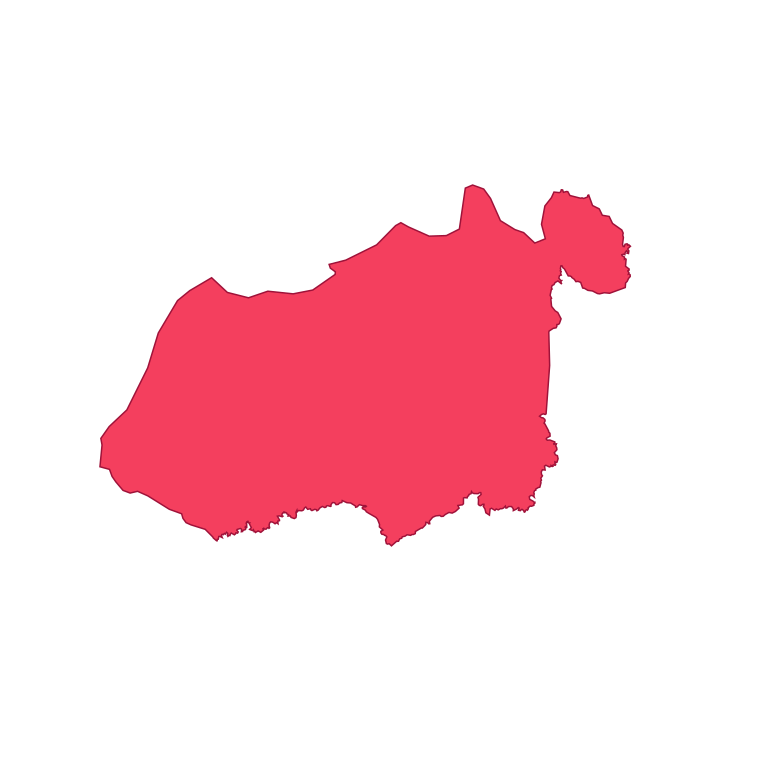 Krachi East Municipal, Volta, Ghana, rotated 57°
{"feature_id": "2480657B4921606442052", "entity_name": "Krachi East Municipal", "entity_type": "district", "adm_level": 2, "iso_a3": "GHA", "parent_name": "Ghana", "parent_adm1": "Volta", "projection": "orthographic", "projection_center": [0.372, 7.806], "detail": "fine", "context": "isolated", "style": "filled", "palette": "rose", "viewbox_px": 768, "rotation_deg": 57, "n_neighbors": 0, "source": "geoboundaries", "source_scale": "gbopen_adm2", "svg_char_len": 6170}
<svg xmlns="http://www.w3.org/2000/svg" viewBox="0 0 768 768"><g transform="rotate(57 384 384)"><path d="M556.9,317.8L555.4,315.8L555.7,314.5L554.8,314.0L554.8,311.3L555.4,309.5L552.3,306.1L550.9,305.6L550.4,304.3L548.4,303.8L547.3,301.1L545.5,301.1L543.4,300.0L542.2,297.9L543.9,295.7L540.3,294.1L540.3,292.5L543.6,290.5L544.0,289.0L543.3,288.3L544.8,287.8L545.0,287.1L544.1,287.0L544.1,286.0L545.4,284.7L545.2,284.0L543.7,283.9L542.4,283.0L543.7,282.3L543.8,281.5L541.5,278.7L538.5,277.6L536.8,278.8L534.4,278.6L533.3,274.8L531.6,273.9L529.4,273.7L528.1,272.0L527.1,274.3L526.5,274.1L526.6,272.9L525.6,272.3L521.3,275.4L520.1,277.7L518.4,277.9L517.9,276.6L518.2,273.1L515.7,271.7L513.9,272.0L513.0,271.5L505.1,270.8L504.0,271.1L502.7,269.0L501.3,268.4L499.1,269.0L497.9,270.3L495.7,271.1L495.4,268.3L495.9,266.5L497.3,265.5L497.3,264.3L458.7,235.0L430.2,217.5L429.5,216.6L429.5,211.7L430.6,209.1L429.9,207.8L428.3,206.6L428.9,205.6L428.9,204.1L425.8,200.0L418.7,199.3L415.9,200.6L410.2,201.2L403.6,197.8L403.4,196.8L400.1,196.4L395.7,192.0L395.9,191.3L394.3,191.0L393.0,189.4L393.2,187.3L392.1,185.3L392.3,182.0L397.0,180.5L394.5,180.1L394.0,178.7L393.5,179.4L390.4,179.7L388.7,177.8L389.2,176.0L387.5,175.7L386.1,174.1L385.1,174.5L384.3,173.4L383.4,173.3L381.3,171.4L381.7,170.4L384.1,170.6L385.8,170.0L393.7,170.6L394.8,169.1L396.1,168.3L396.9,168.5L399.8,167.4L402.7,167.3L403.6,165.4L405.9,163.7L411.7,165.1L413.1,163.7L416.5,162.0L419.5,158.5L424.4,155.7L425.8,154.1L427.4,149.6L430.8,145.3L434.5,129.1L430.8,126.3L430.4,124.2L428.6,121.3L428.0,119.0L426.5,118.1L425.0,118.5L424.9,119.1L424.0,117.9L422.1,118.0L421.7,117.6L422.0,116.5L421.1,115.8L416.8,117.3L411.2,113.0L410.1,113.5L410.2,114.3L408.4,113.2L406.0,114.5L405.1,114.2L405.6,112.3L406.7,111.6L405.0,110.0L404.3,108.1L406.0,107.7L406.6,108.9L407.7,107.9L405.7,106.1L404.0,106.2L403.3,105.7L402.7,102.3L400.8,102.8L400.2,104.0L399.7,103.5L398.8,103.8L398.1,105.7L399.6,107.7L398.9,108.5L396.8,107.9L391.5,103.4L389.2,102.7L387.7,101.2L384.3,100.7L373.8,104.9L366.1,103.9L361.4,109.0L354.4,108.1L347.9,111.9L337.0,109.4L336.8,110.4L338.0,111.4L337.2,115.4L335.8,116.5L335.1,118.1L327.2,125.4L322.8,125.1L321.9,126.2L321.0,129.1L318.5,128.5L317.7,129.5L319.1,131.3L319.0,132.7L315.6,136.9L318.9,142.1L322.3,152.1L335.8,164.9L350.1,169.6L347.9,180.8L333.2,184.4L325.8,190.1L310.4,197.4L286.4,193.6L274.8,194.2L265.4,201.3L264.0,209.1L295.1,236.4L293.5,250.9L284.6,265.6L265.5,278.0L257.9,282.0L257.5,288.0L263.3,314.4L259.3,348.6L253.8,364.9L257.6,365.9L263.4,363.7L265.5,365.3L266.4,392.6L258.9,411.1L242.9,430.9L237.9,450.7L221.9,465.5L201.0,470.7L199.9,496.0L201.6,511.7L218.3,545.5L241.8,573.4L265.7,613.8L270.0,637.6L275.4,651.1L281.6,653.7L298.7,667.3L306.1,660.7L313.4,662.4L320.2,662.2L331.1,660.8L337.2,656.3L339.8,649.1L349.2,643.0L372.1,632.3L382.6,624.4L387.2,625.8L392.5,625.5L397.0,622.6L408.5,613.1L419.0,610.9L420.2,611.0L424.3,609.8L424.6,609.3L423.5,608.5L423.9,607.5L421.9,605.6L422.5,604.6L424.7,603.3L422.6,602.9L422.0,602.2L421.9,601.6L422.8,601.0L422.4,599.3L423.5,598.9L422.6,596.8L424.2,596.4L425.6,597.8L426.8,597.9L426.5,596.6L427.2,595.8L426.2,594.6L425.8,593.3L429.0,591.6L428.8,590.0L428.2,589.2L429.3,588.0L428.7,586.8L426.4,587.1L426.0,586.4L426.9,583.2L427.8,582.7L428.7,582.9L430.2,584.1L430.7,582.9L429.9,582.2L430.6,579.5L430.1,578.7L428.6,578.5L428.0,577.8L428.2,577.5L429.2,577.7L429.5,577.2L427.1,575.7L425.8,575.5L424.9,574.2L425.0,572.9L426.1,573.0L426.3,573.5L427.4,572.3L427.6,573.0L432.2,573.5L432.8,575.9L435.4,574.0L435.1,572.9L437.1,573.4L437.3,572.7L438.5,572.7L438.7,569.6L441.3,568.1L440.9,564.6L439.5,564.4L439.5,563.4L440.5,563.3L441.5,562.0L441.1,560.0L441.4,559.2L442.4,559.1L442.3,558.2L439.7,557.2L438.2,555.5L437.9,554.0L439.4,552.5L441.9,551.5L441.8,549.6L443.5,549.0L441.2,547.8L441.7,546.1L441.2,545.7L436.8,545.4L437.5,543.7L439.9,541.7L439.8,540.8L438.8,541.3L437.5,540.3L437.0,538.8L437.7,537.7L436.3,538.0L439.0,535.9L440.2,536.1L441.6,535.2L442.4,536.4L443.6,534.5L445.3,534.6L448.0,532.5L448.1,530.6L446.5,529.1L443.6,527.7L442.4,525.7L443.9,526.3L443.5,524.7L445.6,521.9L445.8,520.2L444.6,518.1L444.6,516.6L447.5,516.3L448.5,513.7L449.9,513.9L450.9,513.4L451.4,510.3L452.6,509.1L453.8,509.3L453.9,507.8L453.0,505.3L453.1,502.4L455.3,501.0L455.7,499.8L455.0,498.7L455.4,497.4L457.5,495.6L457.6,495.0L456.3,494.2L455.4,491.8L456.6,490.1L459.1,489.9L460.0,488.0L459.6,486.1L460.4,483.9L459.0,482.5L463.3,479.8L465.6,476.8L470.7,474.4L471.9,474.9L472.4,473.5L471.8,470.3L474.3,468.2L475.8,465.9L476.9,465.4L477.1,466.3L475.9,468.0L475.8,469.1L476.0,469.7L476.8,469.9L479.8,468.3L481.5,468.4L484.1,467.2L491.5,463.4L494.0,463.1L499.3,464.2L501.3,465.7L505.9,464.5L505.8,466.9L507.2,467.7L508.9,467.6L509.9,466.3L511.3,465.9L511.9,465.2L513.8,464.9L515.7,467.7L519.1,468.9L520.2,468.2L520.8,466.6L523.8,465.9L522.8,459.1L523.8,457.5L522.4,455.2L523.0,453.2L522.1,451.9L523.1,449.2L523.0,446.8L525.5,444.0L525.4,442.7L526.2,441.4L526.5,439.3L524.8,437.9L525.1,431.2L525.7,430.3L525.2,427.9L524.6,425.6L522.8,424.2L524.1,422.9L525.7,422.6L526.1,421.7L523.8,420.7L522.3,415.8L522.8,412.4L524.7,408.7L526.2,408.2L527.2,406.4L526.8,403.7L527.1,399.5L529.4,397.1L529.8,393.5L529.0,388.6L526.1,388.2L528.0,384.1L527.7,382.6L522.9,379.4L523.0,378.6L524.8,376.3L523.8,375.1L523.8,373.8L522.9,372.9L523.4,370.7L521.9,369.2L523.6,369.1L524.8,368.3L527.2,364.9L527.2,362.8L527.8,362.0L529.5,362.7L530.2,366.9L532.3,367.6L536.2,370.4L537.7,370.2L538.7,369.2L538.7,366.6L539.3,365.7L540.1,366.2L540.6,367.3L543.8,367.4L547.5,368.7L551.4,367.0L546.6,363.1L546.8,361.5L550.4,359.8L549.9,358.0L551.8,356.7L552.0,354.1L552.8,353.1L553.1,351.3L552.5,348.7L554.5,349.3L554.9,348.2L554.6,346.3L556.2,343.8L559.1,343.5L560.6,344.5L561.1,340.7L560.8,338.7L561.7,338.3L563.2,340.0L564.5,338.6L564.1,337.1L564.4,336.4L566.4,335.8L567.6,336.2L568.1,335.8L567.0,333.3L567.2,332.5L567.9,332.3L567.2,330.9L566.3,330.5L566.0,327.9L566.9,326.8L567.4,324.4L566.3,323.7L566.2,322.5L565.3,321.8L564.5,322.7L563.4,322.8L560.1,324.6L557.7,323.6L557.4,321.8L558.3,320.3L560.6,319.6L559.3,319.2L557.9,317.8L556.9,317.8Z" fill="#f43f5e" stroke="#9f1239" stroke-width="1.5"/></g></svg>